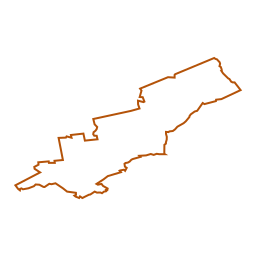 Leimaņu pag., Jekabpils, Latvia
{"feature_id": "27541924B9576970308212", "entity_name": "Leimaņu pag.", "entity_type": "district", "adm_level": 2, "iso_a3": "LVA", "parent_name": "Latvia", "parent_adm1": "Jekabpils", "projection": "natural_earth1", "projection_center": [25.895, 56.3], "detail": "medium", "context": "isolated", "style": "outline", "palette": "amber", "viewbox_px": 256, "rotation_deg": 0, "n_neighbors": 0, "source": "geoboundaries", "source_scale": "gbopen_adm2", "svg_char_len": 1842}
<svg xmlns="http://www.w3.org/2000/svg" viewBox="0 0 256 256"><path d="M240.6,90.1L234.6,82.4L232.7,82.4L231.2,81.7L229.4,79.0L228.2,78.4L223.1,73.4L221.4,70.9L221.8,70.8L221.6,69.3L220.8,67.0L219.5,66.2L220.1,63.7L219.6,62.2L216.9,59.3L215.4,58.9L214.2,58.0L175.2,74.2L174.6,74.9L174.6,77.6L168.0,77.2L140.1,88.6L141.5,90.6L139.7,97.0L142.7,97.2L144.4,101.6L143.5,102.1L138.0,100.7L138.1,104.4L139.5,108.5L130.9,110.9L93.3,119.0L94.6,124.3L97.2,127.0L96.6,129.2L95.4,130.8L93.6,132.2L93.2,134.2L94.2,135.7L96.7,135.8L97.5,139.3L84.9,140.6L83.4,133.6L70.9,135.0L71.5,137.7L66.6,136.4L65.9,137.6L58.6,137.9L62.9,160.0L54.5,160.8L54.8,162.9L48.9,162.9L48.7,161.4L38.3,162.3L38.5,164.7L34.3,166.9L34.6,168.8L40.1,172.4L15.4,185.3L18.1,188.9L19.9,190.3L20.2,188.8L21.5,188.4L22.9,189.3L28.4,188.3L33.9,186.2L35.6,184.5L39.3,184.7L43.4,186.9L44.6,187.0L49.3,183.8L51.5,184.2L55.5,183.3L62.8,188.2L67.1,191.6L75.9,192.8L76.0,194.8L74.4,195.6L75.6,196.6L79.1,198.0L80.0,196.4L82.3,198.0L89.0,194.7L90.3,194.5L94.7,191.6L96.9,192.6L100.4,192.5L102.0,193.2L104.0,191.6L106.0,191.3L106.8,190.5L106.1,190.4L105.9,189.9L106.8,189.6L106.7,188.7L107.4,189.0L107.6,188.5L103.0,185.9L101.5,183.9L97.9,184.7L96.5,183.9L103.5,179.4L107.8,176.1L120.9,172.2L119.6,170.7L120.0,170.5L124.0,169.7L125.1,170.8L126.7,167.9L124.9,166.6L124.5,163.8L125.5,163.0L127.8,162.6L129.6,161.6L131.4,159.7L132.9,159.0L140.4,156.9L139.4,155.8L146.1,155.4L150.8,154.0L153.7,154.9L156.7,153.8L159.2,154.2L164.9,154.2L164.3,153.8L164.4,144.8L165.9,143.6L165.9,142.4L166.7,139.6L166.8,136.8L166.0,133.9L166.0,131.9L168.5,132.1L169.4,131.4L172.8,131.0L175.0,129.4L177.4,126.7L183.6,123.2L185.8,121.3L189.4,117.0L189.5,116.1L190.7,114.4L194.7,111.5L197.2,110.8L202.7,103.0L204.4,104.1L215.9,101.1L216.1,99.7L221.4,99.1L240.6,90.1Z" fill="none" stroke="#b45309" stroke-width="2"/></svg>